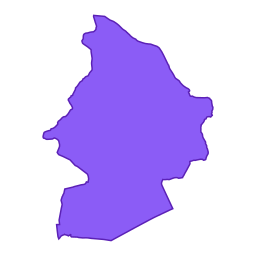 Nakhon Luang, Phra Nakhon Si Ayutthaya, Thailand (Mercator projection)
{"feature_id": "78962969B25127824305120", "entity_name": "Nakhon Luang", "entity_type": "district", "adm_level": 2, "iso_a3": "THA", "parent_name": "Thailand", "parent_adm1": "Phra Nakhon Si Ayutthaya", "projection": "mercator", "projection_center": [100.63, 14.474], "detail": "fine", "context": "isolated", "style": "filled", "palette": "violet", "viewbox_px": 256, "rotation_deg": 0, "n_neighbors": 0, "source": "geoboundaries", "source_scale": "gbopen_adm2", "svg_char_len": 5515}
<svg xmlns="http://www.w3.org/2000/svg" viewBox="0 0 256 256"><path d="M56.6,224.6L57.2,230.2L57.9,235.9L58.0,236.7L58.5,238.1L58.8,238.9L59.9,237.7L60.4,236.9L61.0,236.2L61.3,235.9L61.7,235.6L62.4,235.4L63.0,235.0L63.8,234.9L64.2,234.6L64.4,234.4L64.5,234.5L65.2,234.7L67.4,235.3L67.8,235.4L68.1,235.8L68.5,235.9L69.1,235.4L69.6,235.3L69.8,235.1L70.1,234.7L70.4,234.6L70.6,234.6L70.8,234.8L70.8,235.0L70.6,235.4L70.6,235.6L70.8,236.1L71.3,236.8L71.5,236.9L77.5,237.1L78.0,237.3L78.6,237.5L82.8,237.9L86.0,237.8L87.9,237.9L91.4,238.4L102.3,239.3L104.2,239.5L111.1,240.6L134.8,227.7L149.2,220.0L154.2,217.4L169.8,210.0L172.8,208.7L165.0,192.0L162.0,185.5L161.8,185.0L161.6,184.3L161.5,183.7L161.5,183.3L161.6,182.6L161.9,181.6L162.8,179.5L163.1,179.6L165.2,179.6L167.2,179.4L169.2,179.6L173.0,178.2L174.3,177.8L175.8,177.6L176.9,177.6L177.4,177.7L178.5,178.2L178.9,178.2L180.4,178.0L182.6,177.6L182.7,177.1L182.9,176.7L183.8,175.4L184.9,173.2L186.4,170.6L189.7,164.4L189.9,163.7L190.0,163.4L189.8,161.8L189.8,161.6L190.1,161.3L191.7,161.0L193.0,160.5L193.7,160.3L195.7,160.3L196.2,160.1L200.2,159.3L201.5,159.3L202.7,159.4L203.3,160.1L203.5,160.2L203.9,160.2L205.2,159.8L205.7,159.5L205.8,159.3L206.1,157.9L206.8,156.0L207.4,154.9L207.9,154.1L208.1,153.7L208.2,152.4L208.1,151.6L207.4,148.9L207.1,148.3L206.8,147.8L206.7,147.6L206.7,146.6L206.6,145.5L206.1,144.7L205.5,143.4L205.5,143.1L205.6,142.4L205.6,142.1L204.0,139.3L203.0,137.5L202.8,137.0L202.6,135.8L202.5,135.3L202.4,134.3L201.6,132.9L201.0,132.3L200.8,130.4L200.9,129.3L200.8,127.3L200.9,126.7L201.2,125.8L201.2,125.5L201.0,125.1L201.1,124.9L202.3,123.7L202.5,123.3L203.5,122.2L203.8,121.5L204.4,120.6L204.4,120.4L204.4,119.8L204.5,119.5L205.0,119.2L205.7,119.0L206.0,118.9L206.2,118.6L206.5,117.6L206.8,117.2L207.0,117.0L207.4,116.8L209.1,116.6L209.5,116.6L210.3,117.0L210.7,117.0L211.0,116.7L211.4,116.1L212.3,115.4L212.3,115.2L212.1,114.8L211.7,114.5L211.6,114.3L211.5,114.1L211.5,113.7L211.9,112.9L212.0,112.6L212.0,112.2L211.9,111.8L212.0,110.9L212.1,110.5L212.5,109.9L212.7,109.5L212.8,108.7L212.9,107.2L212.3,106.1L211.7,102.7L211.6,101.1L211.5,100.8L211.4,100.5L211.0,100.0L210.3,99.4L209.9,98.9L209.6,98.3L209.3,98.2L208.5,98.0L207.6,97.5L204.3,97.8L196.4,97.6L195.4,97.4L194.3,97.1L192.3,96.1L192.0,96.1L191.4,96.3L190.6,96.2L190.3,96.1L190.1,95.7L189.9,95.5L189.4,94.2L189.1,93.3L188.7,92.9L188.5,91.9L189.2,91.5L189.5,91.1L189.6,90.9L189.6,90.4L189.3,89.8L188.4,88.9L187.8,88.5L186.4,87.9L183.6,86.0L182.9,85.4L181.9,84.4L180.5,82.9L180.2,82.5L179.6,81.4L179.2,80.9L178.5,80.3L175.8,78.5L175.4,78.1L174.8,77.3L173.7,75.0L172.4,72.8L170.0,69.2L169.5,68.2L169.2,67.4L169.2,67.1L169.1,66.6L168.8,66.0L168.7,65.2L168.2,64.8L163.5,55.1L161.7,51.7L159.3,48.1L158.8,47.6L158.1,47.1L157.4,46.6L156.9,46.3L154.1,45.4L151.2,44.3L149.9,44.0L148.8,44.0L145.2,43.5L144.5,43.3L142.4,42.7L138.1,41.2L137.4,40.8L136.5,40.1L136.3,39.9L135.8,39.2L133.6,38.2L133.0,37.9L132.3,37.4L130.5,35.9L130.0,35.4L129.5,34.7L129.0,34.3L128.8,34.1L127.9,33.4L127.5,32.8L126.8,32.4L126.3,31.7L125.6,31.1L125.2,30.8L124.1,30.1L122.9,29.3L122.1,28.6L118.7,25.2L116.6,23.5L114.8,22.3L113.6,21.5L112.4,21.0L110.1,20.1L109.0,19.4L104.7,16.4L93.7,15.4L93.6,16.1L93.6,16.7L94.3,18.9L95.3,22.3L96.2,25.0L96.5,26.0L96.5,26.6L96.1,27.7L96.0,28.2L96.0,29.0L95.8,29.6L95.4,30.1L95.0,30.5L94.3,31.2L93.9,31.5L93.7,31.6L93.4,31.8L91.3,32.0L90.1,32.2L88.1,32.8L87.4,33.0L86.0,33.1L85.7,33.2L84.8,33.6L84.1,34.1L83.8,34.4L83.5,35.1L83.3,36.0L83.2,38.6L83.0,39.1L82.0,40.7L82.0,40.9L81.9,41.0L82.5,43.0L82.7,43.3L83.3,43.8L83.9,44.3L87.6,46.8L90.8,49.4L91.0,49.6L91.1,50.2L91.1,51.2L91.2,52.4L92.1,58.1L92.1,59.0L91.6,62.6L91.6,63.9L92.1,68.2L92.1,68.9L92.1,69.5L92.0,69.9L91.7,70.4L90.4,71.9L89.7,72.7L88.2,75.7L87.9,75.9L87.7,76.0L86.0,76.6L85.6,76.8L85.2,77.2L84.1,78.4L83.1,78.8L82.4,80.3L82.3,80.6L80.0,82.1L79.8,82.4L77.4,86.0L75.5,88.0L75.5,88.7L75.4,89.2L75.3,89.6L73.2,93.7L72.9,94.2L72.7,95.1L72.6,95.4L72.3,95.6L71.3,95.6L71.2,95.7L71.1,95.9L70.8,97.0L70.0,97.5L69.6,98.0L68.5,98.9L68.4,99.2L68.3,99.6L68.3,100.0L68.4,100.4L68.8,100.9L69.9,103.2L70.6,104.2L71.2,105.0L72.3,107.1L72.4,107.5L72.5,108.0L72.4,108.7L72.3,108.9L72.0,109.2L71.5,109.5L70.9,109.7L70.5,110.0L70.0,110.7L69.4,111.8L68.3,113.5L67.6,114.5L65.7,116.4L65.6,116.5L65.3,116.6L64.0,116.7L63.2,117.0L62.6,117.4L61.6,118.3L60.7,119.4L59.7,120.3L58.3,121.3L57.6,122.8L57.6,123.0L57.8,123.8L57.7,124.2L57.5,124.6L57.2,124.9L56.5,125.4L55.6,126.6L53.4,128.2L52.9,128.4L51.6,128.7L51.1,128.9L50.9,129.0L50.6,130.0L50.3,130.3L50.1,130.4L48.5,130.7L47.2,131.1L45.5,131.7L44.5,132.2L44.1,132.5L44.0,132.9L43.7,133.7L43.3,135.4L43.1,136.2L43.1,136.8L43.2,137.5L43.4,137.9L43.7,138.2L44.4,138.2L44.6,138.3L46.2,139.2L46.5,139.3L48.2,139.3L52.4,139.0L52.8,138.8L53.5,138.4L54.1,138.1L54.6,138.0L56.0,138.6L56.9,139.1L57.7,139.7L58.3,140.3L58.6,140.7L58.8,141.2L59.5,144.2L59.6,145.1L59.5,146.6L59.2,147.5L57.2,152.4L58.0,153.7L58.4,154.2L59.0,154.8L59.3,154.9L63.1,156.5L66.4,158.1L69.9,159.8L70.2,160.0L74.9,165.2L75.2,165.5L77.3,166.4L87.3,174.0L87.9,175.2L88.2,176.2L88.6,178.5L88.6,179.1L88.0,182.2L86.4,181.9L86.0,182.8L85.5,183.5L85.1,183.9L84.6,184.2L84.1,184.4L83.3,184.5L80.8,184.9L78.6,185.5L74.2,186.6L73.3,187.0L70.0,187.8L64.8,189.0L63.9,193.3L63.5,194.0L63.0,194.9L62.9,195.1L62.9,195.5L62.4,196.3L62.2,196.6L61.9,197.6L61.1,200.2L61.1,200.4L61.6,202.1L62.1,204.1L62.1,204.8L61.2,208.9L60.2,214.3L59.2,219.6L59.1,220.1L59.5,223.7L59.6,224.5L56.6,224.6Z" fill="#8b5cf6" stroke="#5b21b6" stroke-width="1.5"/></svg>